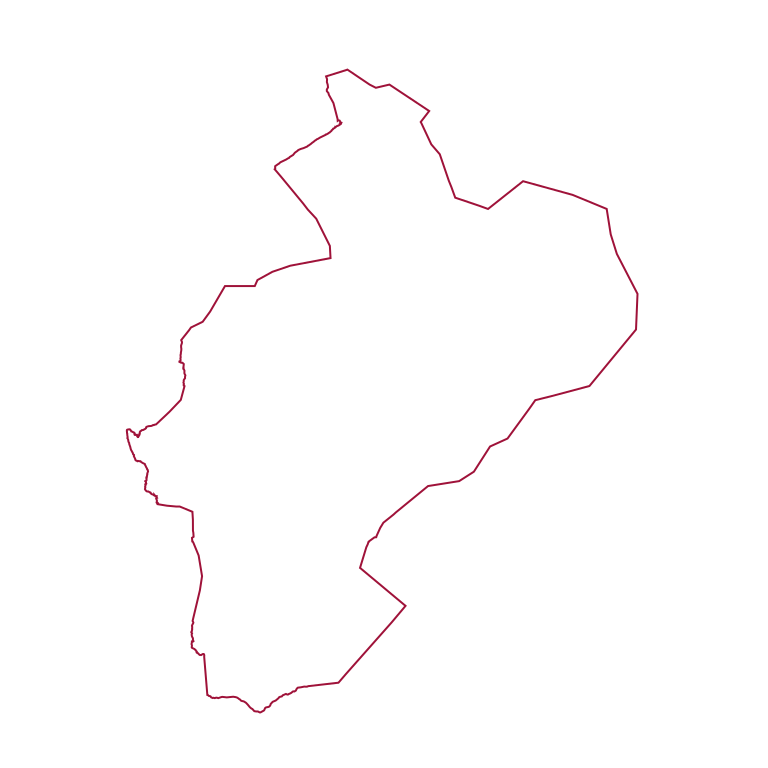 Lom nor, Oppland, Norway (Albers equal-area conic projection), rotated 175°
{"feature_id": "86288312B15503490624265", "entity_name": "Lom nor", "entity_type": "district", "adm_level": 2, "iso_a3": "NOR", "parent_name": "Norway", "parent_adm1": "Oppland", "projection": "albers", "projection_center": [8.842, 61.714], "detail": "fine", "context": "isolated", "style": "outline", "palette": "rose", "viewbox_px": 768, "rotation_deg": 175, "n_neighbors": 0, "source": "geoboundaries", "source_scale": "gbopen_adm2", "svg_char_len": 6050}
<svg xmlns="http://www.w3.org/2000/svg" viewBox="0 0 768 768"><g transform="rotate(175 384 384)"><path d="M128.2,416.3L123.6,451.7L140.7,493.3L145.1,513.3L146.9,539.0L179.5,555.9L227.8,573.9L265.1,549.3L273.5,553.2L296.8,563.4L299.7,574.3L301.7,580.8L308.4,608.0L316.0,618.6L324.0,640.5L324.6,641.8L315.2,652.0L352.5,681.8L366.3,679.8L372.2,683.5L393.1,700.4L394.0,700.1L414.9,695.5L414.2,692.8L414.2,692.2L414.6,689.8L414.0,687.1L413.9,684.4L415.0,682.8L415.3,682.3L415.4,681.1L415.4,680.7L414.0,678.7L413.8,677.4L413.7,676.9L409.9,668.3L407.1,651.7L407.2,651.2L407.2,650.3L406.6,650.7L405.3,650.3L404.8,649.4L404.6,648.5L404.8,648.2L404.3,648.2L403.7,648.0L404.3,646.8L406.7,645.5L408.8,644.9L409.9,644.0L410.2,644.2L410.3,643.8L411.4,643.1L412.4,642.8L412.6,642.3L414.1,641.2L414.4,640.6L415.4,640.0L416.2,639.3L417.4,638.8L417.7,638.5L419.7,637.6L420.3,637.6L420.4,637.4L420.7,637.2L426.2,635.1L428.6,633.9L429.7,633.6L430.6,632.9L431.4,632.6L433.2,631.3L434.5,630.6L435.7,629.7L438.4,628.1L438.9,628.0L439.7,627.3L443.6,626.0L446.5,625.4L449.1,624.5L449.7,623.9L452.6,622.2L454.6,620.1L458.2,618.3L458.9,617.5L460.1,617.1L461.8,616.2L467.9,613.9L469.7,612.5L470.3,612.3L473.4,610.5L473.6,609.6L473.5,608.7L473.6,608.0L474.2,607.5L468.1,598.9L448.7,570.7L444.7,564.4L437.1,554.6L425.9,526.3L426.3,514.1L467.1,510.0L485.4,505.5L501.0,498.6L504.2,492.8L533.9,495.4L550.9,471.3L559.2,461.8L571.4,457.1L573.4,454.7L582.2,445.4L581.6,443.5L581.7,442.5L582.8,439.9L582.9,437.8L582.8,436.8L583.0,435.2L583.6,433.0L583.8,431.5L584.1,430.9L584.2,430.4L584.2,428.3L584.5,427.6L584.6,427.2L584.5,426.6L584.6,425.2L584.7,424.8L585.8,424.4L585.9,423.9L584.3,422.9L582.9,422.7L581.7,421.3L582.0,420.0L582.0,419.6L582.3,418.6L582.2,418.2L582.5,417.8L582.4,417.4L582.6,416.8L582.3,416.7L582.0,415.9L581.6,414.5L581.8,413.4L581.8,413.1L581.9,412.2L581.8,411.6L581.1,410.0L581.6,408.5L581.7,407.1L582.7,406.0L583.2,405.2L583.3,403.9L583.7,402.8L583.3,401.6L583.3,401.3L583.6,400.9L583.7,400.4L583.6,399.9L582.9,399.3L587.8,385.9L600.3,374.9L614.6,363.6L615.9,363.5L616.9,363.1L617.5,363.3L618.2,362.9L619.5,362.5L622.3,362.5L624.0,362.1L624.7,361.7L624.8,361.4L624.9,360.8L625.6,360.2L627.9,359.2L629.4,359.1L630.0,358.5L630.8,358.2L631.5,357.3L631.6,355.8L632.0,354.8L632.5,353.9L633.3,353.2L633.5,352.6L633.8,352.6L633.9,352.9L634.3,353.2L634.1,353.5L634.1,353.2L634.1,353.8L633.9,354.0L633.9,354.4L634.8,354.7L635.2,355.0L636.4,354.9L636.8,355.1L637.0,355.9L636.6,356.2L636.6,356.6L637.3,357.5L638.4,358.0L638.8,358.4L639.9,358.8L640.2,359.8L640.7,360.3L640.9,360.8L641.7,361.1L643.7,360.9L644.1,360.6L644.3,359.6L644.2,358.7L644.3,357.5L644.1,357.0L644.2,355.6L644.0,353.2L644.4,352.6L644.4,352.4L643.8,351.2L643.7,350.6L643.7,349.8L643.6,348.8L643.3,348.0L643.0,347.4L643.0,346.3L642.7,345.1L642.3,343.7L642.0,341.5L641.5,339.8L641.1,339.2L640.9,338.4L640.4,337.7L640.1,336.0L639.2,335.1L639.2,334.9L639.5,334.2L639.5,333.9L638.4,331.2L638.4,330.7L638.3,330.1L637.9,329.5L637.0,329.1L636.5,328.6L636.2,328.8L635.5,328.6L635.0,328.7L634.2,328.3L633.3,328.3L632.8,327.5L630.9,326.1L629.3,325.2L629.2,325.1L629.2,324.4L628.9,324.0L628.1,321.7L627.4,320.3L627.4,319.6L626.9,319.1L626.9,318.7L626.7,317.9L626.7,317.3L627.1,316.7L627.6,315.4L627.6,315.0L627.8,314.8L627.7,314.4L628.1,313.3L628.2,312.7L628.5,312.4L628.4,311.9L628.5,311.5L628.8,311.6L629.0,311.2L628.9,310.3L628.9,309.0L630.3,307.7L630.2,307.3L630.2,307.6L629.8,307.4L629.6,307.1L629.8,306.3L629.5,305.4L629.9,305.0L629.9,305.4L630.1,305.4L630.6,304.9L630.5,304.3L630.4,303.7L630.8,303.0L630.8,302.5L630.9,302.4L630.8,301.8L630.9,301.7L630.9,301.4L631.3,300.1L631.2,299.8L630.6,298.7L629.8,297.8L629.0,297.5L628.2,297.5L626.9,296.6L626.1,296.3L625.9,296.0L626.0,295.5L625.2,294.7L624.2,294.1L623.3,294.0L623.0,293.3L622.6,293.0L622.3,292.9L622.3,293.2L622.3,293.3L621.6,292.2L621.4,292.2L621.4,292.4L621.2,292.2L620.2,292.1L620.3,291.5L620.3,291.2L620.3,290.6L620.1,290.3L620.8,290.0L620.7,289.8L620.9,289.5L620.4,287.9L620.4,287.1L620.5,286.7L620.9,286.0L620.8,285.5L620.6,285.2L619.7,285.2L619.5,284.9L619.9,284.0L610.9,281.7L602.0,280.1L598.1,279.7L586.0,273.4L586.2,265.5L587.1,254.6L586.9,252.3L587.0,248.4L588.7,247.5L588.7,244.0L588.4,244.0L587.7,242.4L583.6,229.3L582.0,208.4L585.4,194.5L595.3,164.7L595.2,164.2L594.9,163.7L594.7,162.8L595.3,161.7L595.7,161.3L596.4,159.8L596.2,158.6L596.5,157.3L596.4,156.9L596.6,156.4L596.5,155.9L596.9,155.1L596.9,154.6L597.1,154.3L597.6,153.7L597.6,153.3L596.9,152.4L597.4,151.4L597.4,149.8L597.1,148.7L596.6,147.6L596.5,147.2L596.6,146.6L596.6,146.0L596.5,145.3L596.2,144.4L596.6,144.1L597.8,144.3L597.9,143.8L597.9,143.3L598.3,142.1L598.4,141.6L598.1,140.6L598.2,139.7L598.5,138.4L598.4,138.1L598.1,137.8L595.9,136.5L595.4,135.8L595.0,135.6L594.8,135.3L594.6,134.7L593.8,133.7L594.1,132.9L594.0,132.7L592.7,132.0L592.5,131.6L591.3,130.2L589.8,129.9L588.3,130.7L587.7,130.8L587.1,130.7L586.8,130.2L586.7,129.1L586.9,127.9L587.1,89.6L586.4,89.4L585.8,88.6L584.1,88.0L583.5,86.9L582.0,86.1L581.3,86.3L579.9,85.8L579.0,86.1L577.9,86.1L576.5,85.5L573.3,86.3L572.3,86.4L567.9,85.5L561.5,85.6L559.1,85.0L557.8,84.5L556.6,83.6L555.8,82.8L554.9,82.2L554.1,81.1L553.7,80.8L551.3,80.0L549.3,78.5L547.7,76.5L545.8,73.7L544.3,72.2L543.5,71.8L541.7,69.4L539.8,68.9L538.2,68.8L536.5,67.7L535.7,67.6L532.1,69.2L531.7,69.6L530.7,71.5L529.7,72.1L527.0,72.4L526.3,72.8L525.6,73.4L525.1,74.2L524.8,75.1L522.6,77.1L519.5,78.1L516.5,80.2L515.9,81.0L515.0,81.4L513.0,81.7L512.0,82.7L508.7,83.8L507.5,83.1L506.7,83.0L505.8,83.5L504.7,83.8L503.3,84.4L501.6,85.6L501.0,85.7L500.0,85.5L498.5,86.3L497.8,87.6L497.1,88.4L496.3,89.0L493.3,89.1L490.0,89.5L487.1,89.2L485.7,89.6L455.4,90.4L446.9,98.7L397.1,145.9L381.9,161.1L423.9,202.9L415.8,223.0L414.2,225.7L413.3,227.9L413.0,227.9L412.6,228.6L406.8,232.1L405.2,232.0L404.9,232.4L404.8,233.0L403.9,234.6L400.3,241.0L396.7,245.9L385.9,253.1L383.3,255.1L349.0,278.5L317.6,280.7L302.1,288.8L283.8,312.5L265.7,318.9L241.0,347.2L234.7,354.7L218.3,357.3L179.5,364.1L128.2,416.3Z" fill="none" stroke="#9f1239" stroke-width="2"/></g></svg>